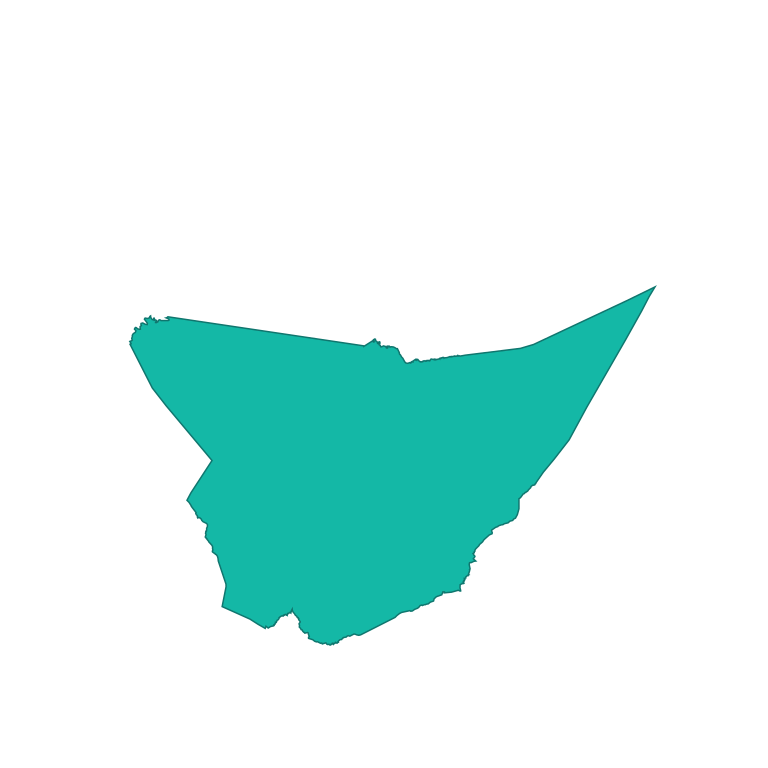 the district of Monze, Southern, Zambia, rotated 319°
{"feature_id": "96606910B87508974482320", "entity_name": "Monze", "entity_type": "district", "adm_level": 2, "iso_a3": "ZMB", "parent_name": "Zambia", "parent_adm1": "Southern", "projection": "orthographic", "projection_center": [27.347, -16.129], "detail": "fine", "context": "isolated", "style": "filled", "palette": "teal", "viewbox_px": 768, "rotation_deg": 319, "n_neighbors": 0, "source": "geoboundaries", "source_scale": "gbopen_adm2", "svg_char_len": 6135}
<svg xmlns="http://www.w3.org/2000/svg" viewBox="0 0 768 768"><g transform="rotate(319 384 384)"><path d="M621.9,480.4L522.8,452.3L510.3,446.6L464.3,415.6L459.8,412.9L459.3,412.1L458.5,411.7L458.5,410.8L457.4,410.9L456.8,410.2L456.6,410.3L455.7,409.7L455.7,409.2L454.8,409.0L454.5,408.5L453.0,408.0L452.9,407.4L452.3,407.3L451.8,407.0L451.8,406.6L449.0,405.5L446.7,403.9L446.2,403.9L446.4,403.1L445.8,402.5L445.1,402.4L444.8,402.1L444.1,402.1L444.1,401.8L443.3,401.3L442.7,401.7L442.7,401.2L441.8,401.1L440.6,400.6L440.3,400.1L439.0,399.8L438.9,398.7L438.2,398.2L437.9,398.7L436.1,396.2L435.6,396.0L434.0,396.5L433.7,396.1L433.3,396.2L432.8,395.1L432.4,395.1L431.8,394.4L431.2,394.6L431.0,394.2L430.3,394.0L430.2,393.3L429.6,393.1L429.0,392.5L428.2,392.6L428.0,392.2L427.2,392.3L426.5,391.4L426.2,391.5L425.6,390.3L425.6,387.5L425.0,387.3L424.5,387.5L424.6,386.9L424.0,387.1L423.6,386.8L423.3,386.3L423.7,386.3L423.8,386.1L421.0,385.7L420.5,386.3L420.0,385.6L419.4,385.8L419.0,385.7L419.0,385.4L418.6,385.5L418.2,385.2L417.8,385.6L417.1,384.5L416.3,384.4L415.3,383.8L414.3,382.5L414.2,380.8L415.1,376.9L415.0,375.2L415.5,372.8L415.3,371.7L416.2,370.2L417.3,366.1L416.6,365.6L416.0,363.5L415.3,362.1L413.7,360.4L412.7,360.2L412.8,358.9L411.3,357.6L410.8,358.1L410.7,359.1L409.9,359.0L409.5,358.4L409.9,356.9L408.6,354.9L407.3,354.6L406.0,354.0L406.0,353.5L406.6,352.3L406.1,351.6L406.3,350.5L407.7,350.6L408.4,349.6L408.2,349.1L407.4,348.9L406.4,349.6L406.1,349.6L405.8,349.2L406.5,347.5L406.1,345.9L406.9,344.6L406.6,344.0L405.1,343.7L404.4,345.5L404.0,345.7L403.6,345.2L404.0,344.0L393.5,342.4L393.8,342.0L265.0,191.5L263.6,191.5L263.0,191.2L264.2,193.6L264.1,194.3L263.4,194.8L262.5,194.4L257.6,190.1L257.2,189.6L257.0,188.6L256.4,188.1L255.3,188.1L254.1,188.7L252.2,188.2L251.9,187.7L252.2,187.4L253.5,187.4L253.9,186.9L253.7,185.9L252.5,185.2L253.5,184.2L253.7,183.4L253.4,183.3L252.7,184.0L252.1,184.2L251.4,183.4L251.6,180.8L252.5,179.5L251.8,179.4L250.0,180.1L248.2,179.2L247.4,177.9L246.7,177.5L245.7,177.9L245.3,182.9L244.3,183.8L243.0,182.3L242.0,179.7L240.4,178.9L239.8,179.3L239.2,180.8L238.1,180.6L237.5,180.7L236.1,182.8L235.5,182.5L234.3,180.8L234.0,178.9L233.5,178.3L233.2,178.3L231.9,178.7L231.6,179.0L231.8,180.9L231.2,181.4L230.1,181.9L227.9,181.5L226.0,182.1L225.2,183.1L223.5,184.1L222.8,185.7L222.0,185.8L220.1,185.1L219.7,187.5L219.2,187.8L218.4,187.4L206.5,235.1L205.3,257.5L204.0,328.9L166.8,339.5L159.0,342.5L159.2,345.3L158.6,349.5L158.3,349.9L157.8,357.8L157.1,358.1L156.6,359.5L156.8,360.8L155.8,362.1L155.6,363.0L156.4,363.0L157.3,364.3L157.2,365.1L157.5,366.0L157.0,367.3L157.1,369.2L158.6,372.8L158.5,374.4L156.7,376.1L155.6,376.4L154.2,378.0L153.5,378.1L153.3,378.6L152.7,378.5L152.5,378.9L151.4,379.5L150.9,380.9L148.7,382.2L148.9,383.2L148.5,383.9L148.8,384.7L148.5,385.1L148.5,387.3L148.2,388.1L148.3,393.1L147.7,394.6L146.7,395.6L145.9,397.1L144.8,397.5L144.4,398.2L144.8,400.2L145.2,400.8L145.0,401.9L145.5,402.8L145.3,404.6L144.4,406.6L142.8,408.9L133.5,431.3L131.8,433.4L115.8,445.8L128.6,473.5L131.3,482.7L134.0,490.5L136.0,489.4L136.5,492.2L139.2,492.6L142.0,494.1L142.4,493.8L142.8,494.0L143.1,493.5L143.4,493.7L144.3,493.7L144.6,493.3L145.2,493.3L145.8,492.6L146.4,493.2L148.3,492.2L149.4,492.5L150.8,492.2L151.5,491.5L152.1,491.7L152.3,491.5L154.4,491.8L155.5,492.8L155.7,492.5L156.0,492.5L156.1,493.0L156.5,493.0L156.7,492.6L157.7,492.9L157.7,493.3L158.7,493.4L158.9,494.0L158.8,494.5L159.1,495.1L159.6,494.3L160.2,494.6L160.8,494.0L163.1,495.0L163.3,495.5L163.7,494.7L164.0,494.8L163.8,495.2L164.4,495.2L165.2,494.4L167.0,493.7L166.3,494.7L165.7,496.8L165.8,498.5L165.4,500.4L165.8,502.0L165.4,503.2L165.9,504.1L165.5,504.6L165.7,505.2L165.0,505.8L164.9,508.3L164.2,508.9L163.1,509.0L162.5,509.3L162.0,510.6L160.6,511.9L160.7,513.6L160.3,515.1L160.9,515.9L160.5,517.2L160.6,518.9L161.0,519.4L160.8,520.1L163.3,521.4L163.5,522.1L162.8,523.2L161.9,525.6L160.9,525.6L160.2,526.5L162.5,530.3L162.9,532.7L163.8,534.3L164.7,534.9L166.0,538.0L167.1,538.7L166.9,539.7L170.3,541.2L170.2,543.0L170.6,543.7L171.7,544.4L172.0,545.7L173.0,546.0L173.4,545.7L174.7,546.5L174.5,546.2L174.9,545.9L175.1,546.7L175.4,546.7L175.1,547.3L177.0,547.3L177.5,547.7L177.8,547.4L177.9,548.0L178.6,548.8L179.4,548.4L179.6,548.8L180.2,549.0L180.5,548.4L181.2,548.1L183.0,548.1L184.3,549.0L184.6,548.8L186.0,549.0L186.8,548.6L189.5,550.2L190.7,550.1L191.8,550.4L192.8,551.9L197.3,553.0L198.2,554.1L198.8,555.4L200.1,557.1L201.8,558.0L239.2,567.4L241.9,567.2L245.2,567.4L247.5,568.0L254.8,572.0L255.1,573.0L256.5,573.9L259.3,574.2L262.4,575.3L264.3,575.3L265.9,574.9L267.5,575.6L267.6,576.3L269.8,577.1L270.4,577.7L271.4,577.9L273.2,579.0L275.7,579.0L279.0,580.3L280.9,579.0L284.0,578.9L289.3,581.0L292.1,579.5L293.2,580.6L292.5,581.2L293.2,581.7L298.4,585.4L304.3,588.2L304.9,588.6L305.4,589.9L306.0,590.5L306.5,590.0L307.6,587.7L309.8,585.4L311.9,585.9L312.7,586.4L312.7,587.1L312.8,586.7L313.2,586.8L313.1,586.3L313.4,586.5L313.4,586.1L313.9,586.1L314.0,585.4L314.6,585.4L315.1,584.8L315.8,584.9L315.5,584.7L316.2,584.5L316.1,584.9L317.0,584.5L317.1,584.3L316.6,584.2L317.0,583.5L317.3,583.9L318.2,583.7L318.5,584.0L319.3,583.2L321.5,583.4L321.8,583.8L322.4,583.4L322.9,583.6L322.8,583.1L326.3,581.0L326.8,580.1L327.6,580.1L329.9,576.1L331.1,575.1L331.4,575.0L332.6,576.0L335.5,576.8L337.1,577.8L336.7,574.5L339.4,573.9L339.7,573.2L339.5,572.1L340.1,571.0L339.9,570.4L340.6,570.3L341.5,570.5L342.0,569.8L343.0,569.8L343.5,569.1L345.1,568.6L349.6,568.3L350.7,567.8L354.8,567.8L357.3,567.1L364.5,567.0L367.3,567.9L368.1,567.3L368.9,565.3L369.5,564.9L374.2,565.4L376.4,566.3L377.2,566.1L380.0,567.2L381.5,568.2L383.2,568.4L386.6,570.2L389.0,570.1L391.6,571.4L393.3,571.0L395.2,571.5L398.9,570.1L404.0,566.7L410.6,559.1L411.7,559.3L413.1,559.2L416.9,558.3L417.7,558.7L419.4,558.5L419.9,558.9L420.7,558.7L421.4,559.0L422.7,559.0L423.2,558.7L426.9,558.4L427.3,557.9L428.0,557.8L430.0,558.0L430.6,558.6L431.7,559.0L432.2,558.6L433.1,558.7L434.1,558.2L446.3,555.1L463.3,552.3L487.1,547.6L521.4,534.7L595.1,509.2L626.2,498.0L641.4,492.0L652.2,488.5L621.9,480.4Z" fill="#14b8a6" stroke="#0f766e" stroke-width="1.5"/></g></svg>